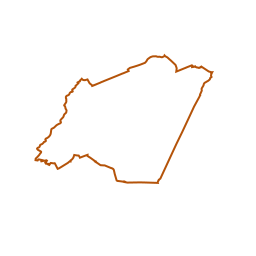 the district of Ošupes pag., Madona, Latvia, rotated 341°
{"feature_id": "27541924B56619269975985", "entity_name": "Ošupes pag.", "entity_type": "district", "adm_level": 2, "iso_a3": "LVA", "parent_name": "Latvia", "parent_adm1": "Madona", "projection": "robinson", "projection_center": [26.739, 56.805], "detail": "fine", "context": "isolated", "style": "outline", "palette": "amber", "viewbox_px": 256, "rotation_deg": 341, "n_neighbors": 0, "source": "geoboundaries", "source_scale": "gbopen_adm2", "svg_char_len": 5192}
<svg xmlns="http://www.w3.org/2000/svg" viewBox="0 0 256 256"><g transform="rotate(341 128 128)"><path d="M206.6,120.7L206.9,120.6L207.0,119.8L207.2,119.6L207.9,118.9L208.9,117.8L209.4,117.3L209.8,116.8L210.0,116.5L210.1,115.9L210.2,115.4L210.3,115.0L210.5,114.7L210.9,114.3L212.7,112.8L213.2,112.4L213.8,111.4L214.4,110.7L214.9,110.4L215.4,110.2L217.0,109.9L217.8,109.7L219.1,109.5L220.1,109.1L220.9,108.8L221.3,108.5L221.4,108.4L222.0,107.5L222.3,107.3L222.7,107.2L223.1,107.2L223.5,107.1L223.6,106.9L223.6,106.5L223.5,106.1L223.6,105.4L223.8,105.0L224.4,104.1L225.1,103.4L225.8,102.7L225.3,102.6L224.5,102.9L224.6,102.1L222.8,100.9L217.4,93.9L217.1,94.2L216.9,94.0L216.7,94.0L216.4,93.9L216.1,94.0L215.9,94.2L215.5,94.3L215.4,94.4L215.1,94.3L214.8,94.3L214.7,94.2L214.4,94.0L214.1,94.0L214.0,93.9L213.7,93.6L213.1,93.3L212.9,93.1L212.7,93.1L212.3,92.7L211.8,92.3L211.7,92.2L211.6,91.9L211.5,91.5L210.9,91.6L210.5,91.7L208.5,91.3L209.7,89.4L209.6,89.5L206.9,89.6L204.8,89.7L202.4,89.8L202.2,89.9L201.1,89.9L199.4,90.0L192.0,90.4L193.3,87.8L193.4,87.4L193.5,87.2L193.5,86.8L193.5,84.0L193.3,83.5L190.2,77.6L190.0,77.3L189.7,76.8L188.3,74.2L188.1,73.9L187.4,73.2L186.5,72.1L186.3,71.6L186.2,71.4L186.0,71.7L185.7,71.9L185.1,72.0L183.5,72.2L183.0,72.1L182.3,71.7L181.6,71.2L181.2,71.0L181.1,70.9L179.7,70.5L179.0,70.2L178.7,70.0L178.6,69.9L178.1,69.5L178.0,69.4L177.8,69.3L174.6,68.3L172.5,68.3L172.3,68.3L170.3,68.9L169.6,69.1L168.7,69.5L167.1,70.9L165.3,71.9L165.1,71.9L162.9,72.0L159.9,72.1L157.4,72.1L153.6,72.0L149.7,71.8L149.3,71.8L146.9,72.6L147.0,73.3L147.1,73.8L147.1,74.4L146.9,74.4L146.4,74.4L144.6,74.5L143.0,74.6L142.8,74.6L141.7,74.7L140.4,74.7L133.8,75.1L120.3,75.8L119.3,75.9L118.7,75.9L117.1,76.0L116.6,76.1L111.0,76.4L110.2,76.4L110.3,76.5L108.5,76.6L107.8,76.6L107.8,75.9L107.7,75.5L106.9,74.3L106.5,73.6L106.3,73.3L106.2,72.9L105.7,70.1L105.5,68.9L103.2,68.8L102.4,68.6L101.9,68.3L101.6,68.2L101.3,68.1L101.2,68.0L101.0,67.7L100.8,67.4L100.5,67.0L100.5,66.9L100.3,66.4L99.4,66.9L99.5,66.9L98.9,67.1L98.3,67.4L97.8,68.1L97.7,68.2L96.5,68.4L96.1,68.3L95.8,68.4L95.3,68.5L95.7,69.3L95.7,69.5L93.1,70.7L92.9,70.8L92.2,71.0L92.0,71.6L91.9,71.8L91.6,72.1L91.2,72.4L90.6,72.7L88.1,73.4L87.9,73.5L87.6,73.9L87.5,74.1L87.5,74.3L87.6,74.8L87.7,75.0L87.7,75.3L87.5,75.5L87.3,75.6L87.0,75.6L86.7,75.6L86.0,75.5L85.7,75.4L85.3,75.5L85.0,75.6L84.3,76.0L84.0,76.3L83.7,76.7L83.3,77.1L83.2,77.2L82.6,77.4L82.3,77.5L81.0,77.6L80.6,77.6L80.1,77.8L79.7,78.1L79.4,78.4L79.2,78.9L79.1,79.3L79.0,79.8L79.1,80.2L79.1,80.6L78.6,81.7L78.6,82.1L78.4,82.7L78.0,83.4L77.7,83.7L76.5,84.6L75.3,85.5L75.1,85.7L75.0,86.0L75.2,86.4L75.5,86.9L75.5,87.4L75.5,87.9L75.3,89.0L75.3,89.4L75.3,89.7L75.5,90.1L75.6,91.0L75.6,91.4L75.3,92.0L74.7,93.1L74.5,93.3L74.2,93.5L73.3,93.9L72.6,94.2L72.2,94.4L71.6,95.0L71.4,95.2L71.2,95.6L70.8,96.1L70.2,96.7L69.8,96.9L68.6,97.5L67.3,98.2L66.8,98.6L66.6,98.7L66.5,98.9L66.4,99.2L66.3,99.4L66.3,99.7L66.4,100.1L66.5,100.4L66.4,100.9L66.2,101.1L65.9,101.3L65.4,101.5L64.7,101.6L63.9,101.6L62.8,101.8L62.2,101.9L61.3,102.1L60.9,102.3L58.3,103.5L57.9,103.6L57.6,103.7L56.4,103.8L56.0,103.9L55.6,104.0L55.4,104.1L55.2,104.2L55.1,104.4L54.9,104.6L54.7,105.0L53.6,107.2L53.4,107.6L53.1,108.1L52.7,108.7L52.2,109.2L51.9,109.5L51.6,109.7L50.7,110.3L50.1,110.6L49.2,110.9L48.5,111.1L47.3,111.3L47.1,111.3L46.9,111.3L46.2,111.8L46.1,112.0L46.1,112.3L46.2,112.8L46.2,113.3L46.1,113.5L45.7,113.7L45.4,113.8L44.8,113.9L44.5,113.9L44.1,113.9L43.9,113.9L43.7,114.1L43.2,114.5L42.7,114.7L42.5,114.8L42.1,115.0L41.5,115.2L41.2,115.2L40.5,115.3L39.9,115.3L39.6,115.4L39.2,115.7L39.1,115.8L39.0,116.0L38.5,116.7L38.3,116.9L38.0,117.1L37.8,117.2L37.6,117.3L36.8,117.3L36.1,117.4L35.9,117.5L35.6,117.7L35.4,117.8L35.4,118.0L35.3,118.3L35.6,119.1L35.8,119.4L37.5,121.3L37.7,121.5L38.0,121.9L38.1,122.1L38.0,122.3L38.0,122.5L37.8,122.8L37.5,123.0L37.3,123.2L37.0,123.3L36.8,123.4L35.5,124.4L34.9,124.8L33.6,125.5L32.5,126.1L31.3,126.6L30.8,127.0L30.6,127.1L30.3,127.9L30.1,128.3L30.3,128.4L32.0,129.3L32.8,128.7L33.4,128.6L36.4,130.4L35.2,131.2L35.2,131.3L38.6,131.7L40.4,132.0L40.7,132.5L39.6,133.3L39.3,133.5L38.5,133.7L38.5,133.9L39.2,134.2L38.9,135.0L41.3,136.1L40.7,136.5L41.5,137.3L43.5,135.9L43.9,136.1L44.0,136.1L46.1,137.2L47.2,137.4L47.3,137.5L48.2,143.7L49.3,143.7L51.8,143.2L54.9,142.5L58.9,141.6L59.5,141.5L62.1,140.5L62.8,141.0L63.3,140.2L63.4,139.9L65.1,139.4L65.5,139.0L66.6,138.3L66.8,138.1L68.4,136.0L69.8,136.8L71.4,137.6L72.4,138.0L72.9,140.1L72.9,140.4L79.4,140.2L81.0,140.2L80.6,141.2L80.6,141.3L80.8,141.5L81.8,142.8L82.5,143.6L85.9,148.4L86.0,148.5L86.4,148.9L86.0,149.1L86.6,149.9L86.8,150.2L87.0,150.3L89.9,154.2L90.1,154.3L93.0,155.5L93.8,155.8L98.9,160.3L99.0,160.3L100.1,161.2L100.1,161.4L100.7,162.0L100.9,162.7L100.9,163.5L100.7,165.4L100.5,167.0L100.4,169.1L100.2,173.3L100.2,173.9L100.5,174.3L100.8,174.6L104.1,176.2L105.6,177.0L105.6,176.9L106.4,177.1L106.6,177.2L106.9,177.2L107.6,177.8L107.3,178.1L109.6,179.4L119.7,182.7L121.3,183.2L126.7,185.2L138.3,189.6L138.3,189.1L138.8,188.5L139.5,187.7L139.9,187.6L140.2,187.0L142.1,186.4L168.5,158.9L178.1,149.3L190.1,136.9L197.4,129.3L205.8,121.6L206.6,120.7Z" fill="none" stroke="#b45309" stroke-width="2"/></g></svg>